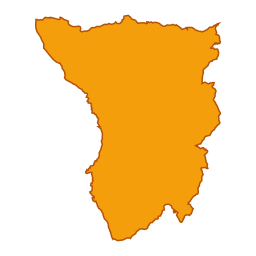 Berislavesti, Vâlcea, Romania (orthographic projection)
{"feature_id": "2599482B15216043869555", "entity_name": "Berislavesti", "entity_type": "district", "adm_level": 2, "iso_a3": "ROU", "parent_name": "Romania", "parent_adm1": "Vâlcea", "projection": "orthographic", "projection_center": [24.443, 45.275], "detail": "fine", "context": "isolated", "style": "filled", "palette": "amber", "viewbox_px": 256, "rotation_deg": 0, "n_neighbors": 0, "source": "geoboundaries", "source_scale": "gbopen_adm2", "svg_char_len": 5729}
<svg xmlns="http://www.w3.org/2000/svg" viewBox="0 0 256 256"><path d="M135.5,233.9L136.4,231.8L140.0,229.0L142.2,228.8L144.0,229.4L145.9,229.1L147.0,228.5L147.8,227.6L147.9,226.5L148.2,225.7L148.9,225.3L149.2,224.4L150.5,222.7L152.5,222.5L152.9,221.5L154.7,220.2L155.3,219.0L157.5,219.0L158.1,218.6L158.4,218.1L158.1,217.1L158.3,216.4L160.6,215.9L161.1,214.4L161.8,213.5L162.3,211.0L162.9,210.4L164.3,209.9L163.9,206.7L164.3,205.5L166.1,204.4L168.8,204.2L171.3,205.8L172.2,208.2L175.0,210.5L173.9,210.6L173.5,211.1L174.0,211.7L173.7,212.1L173.9,212.7L174.6,212.4L175.1,212.6L175.8,212.1L175.5,211.1L175.7,210.9L177.9,212.6L176.6,214.8L176.6,215.3L179.0,219.3L179.8,221.4L181.1,222.3L181.7,222.2L182.7,220.6L183.2,219.7L183.2,218.8L184.2,217.9L184.3,216.6L185.2,215.4L186.1,215.0L188.6,214.9L189.5,215.4L191.3,213.6L192.6,210.0L192.4,209.7L193.2,208.8L191.4,207.0L190.1,204.6L189.1,204.1L188.1,204.1L188.8,203.0L188.4,202.4L190.4,201.0L190.8,199.9L193.3,196.5L195.8,195.0L196.4,194.0L197.5,194.1L198.2,192.8L198.3,191.6L197.8,188.7L198.1,188.4L198.1,187.6L199.4,185.9L199.3,184.8L200.0,183.2L200.0,182.5L201.8,180.8L201.8,176.3L202.9,175.1L203.1,174.3L202.5,173.1L202.1,170.8L200.9,169.1L201.2,168.0L205.3,167.5L207.0,168.6L207.8,168.4L207.0,165.9L207.5,164.3L206.9,163.5L206.1,161.6L205.2,156.8L204.4,154.9L206.1,153.7L207.6,151.8L207.4,150.6L206.2,150.1L205.9,149.3L205.1,149.9L204.5,148.8L203.7,148.7L203.7,148.0L203.5,147.8L202.8,147.7L200.3,148.7L199.5,147.7L198.2,147.2L197.8,146.3L196.3,146.5L195.5,145.6L199.5,144.0L200.7,143.9L202.4,140.8L204.0,139.2L204.3,138.1L205.0,136.9L205.8,136.3L209.9,135.3L211.9,131.5L213.1,130.3L214.2,129.9L215.5,127.4L216.3,126.8L217.0,125.7L218.6,124.5L219.9,122.9L218.9,120.1L218.6,116.1L220.3,113.8L220.3,113.0L218.7,110.0L217.0,105.6L215.9,104.0L215.3,102.4L214.0,100.8L213.4,99.6L215.1,96.1L215.0,94.4L216.0,90.9L215.1,89.2L212.8,87.6L212.1,86.7L212.1,86.2L212.7,85.4L213.0,85.5L213.6,85.0L213.7,83.9L214.2,82.6L212.8,82.6L211.3,83.1L210.2,82.9L209.1,83.6L208.2,83.8L204.7,82.2L202.0,83.5L202.3,82.3L202.1,80.6L202.4,77.0L203.0,73.6L203.4,72.5L203.1,70.7L203.5,69.5L208.1,65.4L208.9,63.0L210.4,61.4L212.2,61.2L213.2,59.8L216.7,59.1L217.2,57.3L218.3,55.5L218.6,52.2L217.7,49.3L216.7,49.0L214.8,49.4L213.7,48.1L211.5,48.4L210.7,48.0L212.9,45.7L213.5,44.5L214.3,44.1L215.0,42.9L215.5,43.1L215.6,43.9L216.6,43.1L217.3,44.2L217.7,44.0L218.3,43.0L219.4,43.6L220.0,43.1L220.3,41.5L219.6,40.3L219.7,38.4L219.1,35.9L217.9,34.9L215.9,34.4L216.7,32.8L215.4,29.0L215.6,26.6L216.7,26.0L217.2,25.0L218.1,24.8L218.3,24.0L218.9,23.4L217.4,23.8L214.8,25.5L214.1,25.5L212.8,26.8L211.4,27.3L209.7,27.2L206.7,30.0L205.7,30.2L203.9,31.4L202.7,31.4L201.9,31.9L200.4,31.3L198.9,31.4L197.4,30.5L195.4,30.2L194.4,28.9L192.0,27.5L187.7,27.4L187.4,27.7L187.4,29.3L186.7,28.5L186.7,27.6L186.0,27.6L185.1,28.5L184.0,28.6L182.1,29.5L180.5,27.8L176.2,24.8L175.9,25.4L175.4,25.5L172.8,24.4L170.1,25.3L166.9,25.0L165.3,26.1L163.3,26.3L160.3,24.4L159.6,23.5L156.3,22.4L154.1,22.4L152.6,22.9L151.4,22.0L149.4,22.5L148.3,21.9L147.9,22.3L146.9,21.8L146.6,22.2L147.2,23.4L146.1,23.7L144.1,22.8L138.6,23.0L137.8,23.3L135.7,20.5L133.9,19.6L132.6,19.5L131.4,18.6L130.4,17.1L128.2,15.4L124.0,16.2L123.9,17.9L123.5,19.1L122.3,19.7L122.0,20.3L122.2,21.5L120.7,22.5L120.3,23.2L119.5,23.6L116.9,23.4L115.7,21.9L114.2,23.6L111.5,24.3L108.6,23.6L107.7,24.2L106.2,24.6L105.5,24.3L104.0,24.5L100.0,26.6L99.3,26.4L98.1,26.7L97.2,26.4L96.2,26.7L95.2,27.5L91.6,27.7L89.5,29.7L89.2,30.4L88.2,30.5L87.6,31.0L86.7,30.9L86.2,31.3L84.3,31.1L81.8,31.8L80.8,31.3L80.2,30.4L80.8,28.6L80.4,27.7L80.4,27.1L79.9,26.6L78.6,26.1L76.1,26.6L72.8,26.6L70.3,25.5L68.5,23.9L68.2,23.0L68.5,22.0L68.1,21.0L63.8,19.4L62.2,18.1L60.3,17.2L60.0,17.5L60.1,19.0L59.1,19.6L50.9,17.4L50.7,17.8L49.9,18.0L49.6,17.5L47.7,17.9L46.7,17.5L44.9,17.5L42.4,20.1L40.3,19.7L38.3,20.2L36.8,19.4L36.0,19.4L35.7,25.8L36.0,28.6L37.1,31.9L40.4,36.7L41.7,39.9L43.6,43.3L43.9,44.9L43.6,48.1L45.9,50.4L49.6,55.2L53.3,59.5L56.1,61.8L58.8,63.1L59.8,63.1L60.3,63.7L60.8,65.0L61.9,66.1L62.2,68.4L63.6,70.2L64.6,72.2L65.2,75.9L64.6,77.3L64.6,78.0L65.9,79.7L72.2,83.1L73.2,84.0L74.3,84.3L76.1,85.3L79.0,87.9L81.8,89.4L82.7,91.0L83.8,91.7L84.6,93.0L86.9,93.3L87.4,93.8L87.4,94.9L86.3,97.1L87.9,97.6L88.7,98.6L87.2,101.1L88.1,101.4L88.2,102.0L88.0,102.7L88.3,103.0L91.1,103.3L91.2,105.7L91.6,106.1L91.3,106.7L91.6,107.0L91.5,107.4L92.0,108.5L91.4,108.9L91.3,109.4L92.4,110.7L91.9,112.3L92.1,113.1L94.0,112.9L94.6,114.2L95.9,114.5L96.2,115.5L96.8,116.1L97.1,117.5L98.2,118.1L98.5,118.6L97.6,122.9L98.8,125.1L100.0,126.6L98.2,126.7L100.8,128.8L102.3,132.9L102.4,135.4L102.2,137.6L102.4,138.8L101.5,140.5L101.4,141.3L101.8,142.0L101.7,142.7L102.4,144.3L101.3,147.3L101.1,148.8L99.1,153.1L99.3,155.1L98.7,157.7L97.0,159.3L96.8,161.0L95.4,161.1L95.9,160.5L94.9,161.1L94.5,162.6L93.9,163.4L94.0,164.1L93.8,164.9L92.9,165.5L90.7,166.1L89.9,168.2L89.6,168.1L89.6,167.6L89.1,168.5L88.3,169.0L88.3,170.1L87.7,170.3L86.8,169.8L86.7,170.8L85.9,171.4L85.6,172.1L86.2,173.3L87.2,173.4L90.2,172.3L91.8,172.5L91.6,173.8L92.8,178.1L92.5,178.5L92.5,179.6L93.1,180.4L92.6,180.7L92.1,183.2L91.1,183.2L90.7,185.7L92.2,186.0L92.1,189.6L91.7,190.9L90.0,191.9L90.6,192.3L90.6,192.8L90.2,193.1L91.4,194.0L91.6,194.7L93.1,196.1L94.1,196.5L94.0,197.9L93.4,197.1L92.1,198.0L92.7,199.9L93.2,200.8L93.9,201.0L94.6,201.7L95.8,201.2L97.3,204.9L97.5,206.1L98.3,207.1L98.6,208.2L100.3,209.4L101.6,211.1L102.2,212.6L102.9,213.4L103.2,215.4L104.4,218.7L107.1,221.5L108.2,224.0L108.6,227.8L109.3,228.9L109.8,230.7L110.5,232.1L111.8,237.1L112.9,239.2L113.2,238.7L113.8,238.8L117.6,240.6L122.8,240.0L127.4,237.8L129.8,238.1L130.4,238.5L131.8,236.2L134.7,234.1L135.5,233.9Z" fill="#f59e0b" stroke="#b45309" stroke-width="1.5"/></svg>